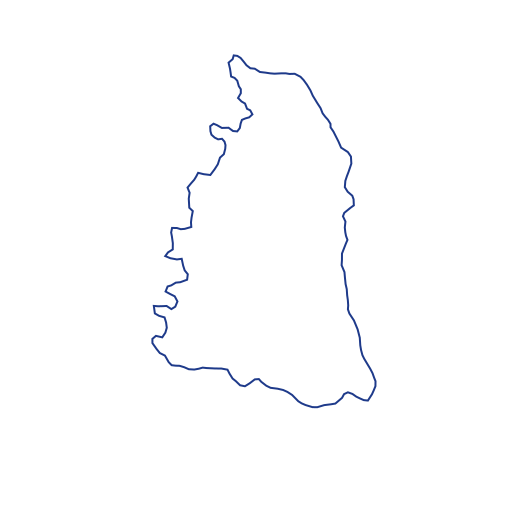 Guará, São Paulo, Brazil (orthographic projection), rotated 58°
{"feature_id": "56859067B28755744533037", "entity_name": "Guará", "entity_type": "district", "adm_level": 2, "iso_a3": "BRA", "parent_name": "Brazil", "parent_adm1": "São Paulo", "projection": "orthographic", "projection_center": [-47.789, -20.493], "detail": "fine", "context": "isolated", "style": "outline", "palette": "blue", "viewbox_px": 512, "rotation_deg": 58, "n_neighbors": 0, "source": "geoboundaries", "source_scale": "gbopen_adm2", "svg_char_len": 2791}
<svg xmlns="http://www.w3.org/2000/svg" viewBox="0 0 512 512"><g transform="rotate(58 256 256)"><path d="M437.9,237.7L434.7,230.9L432.5,227.6L429.7,223.7L425.5,221.0L421.7,220.3L417.2,219.3L412.1,218.9L400.5,218.7L396.5,218.3L391.3,216.7L387.0,214.9L380.3,211.3L372.1,208.7L362.6,207.1L354.3,207.3L349.9,206.3L346.8,204.0L342.1,201.5L337.6,199.5L332.2,196.6L327.3,194.9L321.6,192.1L316.5,189.5L309.2,188.3L304.9,185.2L299.5,181.8L293.1,173.2L290.8,169.9L286.6,169.0L283.2,167.7L278.9,165.6L274.2,161.9L268.4,161.2L266.2,158.3L265.2,150.5L264.9,146.2L259.6,143.2L255.9,142.4L250.1,144.2L244.7,144.2L239.6,140.4L236.3,136.4L233.9,133.2L231.3,130.0L228.2,126.2L222.0,122.8L216.6,123.0L209.2,126.4L202.6,125.4L191.5,124.4L186.4,124.6L183.4,122.8L178.6,122.8L174.6,123.5L170.3,123.9L164.9,122.9L158.5,123.0L150.1,122.9L144.4,122.1L137.9,122.0L132.0,122.4L127.6,123.3L122.0,126.6L119.3,131.2L117.0,133.8L114.3,138.1L111.2,143.7L108.6,147.2L105.6,150.7L102.0,155.2L96.5,157.8L93.8,161.3L89.2,163.0L85.2,163.4L79.9,164.1L76.4,165.8L74.1,168.6L76.7,171.5L77.5,176.8L83.4,178.8L87.1,180.4L90.6,182.0L93.6,179.8L97.4,179.0L103.0,180.6L106.5,180.5L109.9,182.6L112.5,187.5L117.3,186.4L120.9,184.5L126.4,185.6L129.4,183.7L134.0,184.0L134.8,188.3L133.7,192.1L133.1,195.8L135.6,198.9L138.9,201.9L140.4,205.9L137.8,209.3L132.7,211.3L129.3,217.1L124.4,219.7L121.3,221.9L121.7,226.1L126.0,228.5L129.5,229.5L133.7,228.3L137.0,226.3L138.6,222.7L142.3,222.1L145.8,223.1L148.8,225.3L152.6,229.3L153.5,234.4L158.0,239.8L160.5,245.1L163.1,251.8L158.9,257.0L154.8,261.0L156.9,264.6L158.6,268.0L160.0,272.7L161.7,277.8L167.2,278.8L171.7,282.6L179.7,287.0L184.4,285.8L189.4,290.4L193.0,293.3L197.1,295.5L195.2,302.1L193.4,305.6L190.4,308.2L187.7,312.3L191.1,315.5L194.7,316.9L201.0,319.7L206.3,323.1L206.3,328.7L208.0,333.0L212.5,329.8L217.0,324.9L219.0,320.5L225.6,322.9L230.4,324.1L235.3,323.5L239.6,327.0L238.1,334.1L236.1,338.1L236.0,343.5L235.0,347.1L238.2,351.5L242.5,349.1L247.1,346.3L252.9,346.7L256.2,351.3L256.2,355.9L251.0,358.3L249.1,361.7L246.8,365.6L244.2,369.1L251.1,372.2L255.4,369.9L259.6,366.1L264.8,367.5L269.6,369.7L273.0,373.5L275.3,378.6L270.7,383.2L271.4,387.8L275.0,390.0L282.2,389.6L287.3,389.0L292.2,386.0L299.8,386.3L303.9,385.4L306.4,382.3L308.6,379.0L312.3,375.8L316.4,373.0L319.6,368.5L321.3,364.2L322.4,360.4L324.9,357.2L329.7,350.3L333.1,345.0L337.3,340.4L341.7,340.8L347.5,340.8L351.5,339.4L357.2,338.0L360.6,334.4L360.6,328.8L360.0,322.4L361.9,318.8L365.5,318.2L371.5,316.0L375.5,313.5L380.0,308.0L384.0,304.0L387.9,301.4L393.0,299.0L401.6,297.1L405.1,295.4L408.6,293.0L414.1,288.2L416.7,284.2L418.6,277.2L421.4,271.2L423.2,266.9L421.9,258.2L419.8,254.5L420.3,250.3L424.1,247.3L428.4,245.5L431.9,243.3L435.3,241.0L437.9,237.7Z" fill="none" stroke="#1e3a8a" stroke-width="2"/></g></svg>